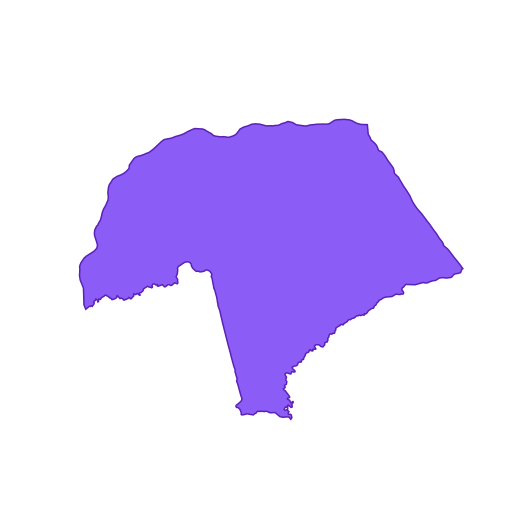 Bosobolo, Équateur, Democratic Republic of the Congo, rotated 323°
{"feature_id": "63176286B50098701443330", "entity_name": "Bosobolo", "entity_type": "district", "adm_level": 2, "iso_a3": "COD", "parent_name": "Democratic Republic of the Congo", "parent_adm1": "Équateur", "projection": "albers", "projection_center": [19.647, 4.521], "detail": "fine", "context": "isolated", "style": "filled", "palette": "violet", "viewbox_px": 512, "rotation_deg": 323, "n_neighbors": 0, "source": "geoboundaries", "source_scale": "gbopen_adm2", "svg_char_len": 6147}
<svg xmlns="http://www.w3.org/2000/svg" viewBox="0 0 512 512"><g transform="rotate(323 256 256)"><path d="M424.0,218.1L418.9,214.0L416.2,210.4L414.1,205.8L412.6,203.6L409.0,200.2L407.3,199.0L402.9,196.1L400.5,194.9L394.0,194.4L391.8,193.2L387.7,190.1L383.9,187.4L377.8,183.8L375.2,182.8L373.5,181.8L367.2,175.5L365.5,171.4L362.5,167.8L359.5,167.1L355.8,165.6L354.6,165.6L352.2,164.9L349.3,162.9L348.3,162.7L346.4,161.0L342.5,158.3L338.4,153.0L335.1,150.1L331.9,148.2L327.1,147.0L326.1,146.5L323.2,145.5L319.4,145.0L318.2,145.5L313.8,146.7L311.9,146.7L309.5,146.2L305.6,144.8L302.2,141.4L300.0,139.9L299.6,139.7L295.7,135.8L294.5,134.1L294.1,131.7L291.3,125.4L291.1,124.4L289.4,122.0L288.4,121.3L283.9,117.4L281.7,116.7L276.1,115.5L272.0,115.0L268.4,114.0L263.6,112.1L259.7,111.1L252.7,107.7L249.3,107.7L238.0,108.9L232.7,108.9L230.0,108.0L227.6,107.5L224.0,106.3L221.3,105.1L218.7,104.6L217.0,104.8L212.2,106.3L209.4,107.3L207.3,109.7L203.0,110.4L199.4,110.4L196.2,109.7L192.6,108.7L191.2,108.7L188.5,108.4L186.8,108.9L184.4,109.9L182.0,110.6L179.3,112.6L176.0,116.0L173.5,120.1L171.4,122.3L166.3,125.2L162.9,126.6L159.3,128.8L156.6,131.2L153.5,133.6L149.9,135.1L148.2,136.1L146.5,136.3L142.9,138.2L141.2,139.9L140.5,140.7L139.3,142.8L137.1,149.1L135.9,152.0L133.5,154.0L130.1,154.7L126.7,154.5L120.4,154.0L117.5,154.2L112.0,156.1L110.5,157.1L110.3,157.1L108.3,158.8L107.9,159.8L105.4,162.9L103.3,165.3L101.1,169.5L100.1,173.3L98.9,177.7L95.0,183.3L89.2,191.5L88.0,196.1L92.7,195.9L93.4,196.6L94.5,196.7L94.8,197.7L97.3,197.0L98.7,196.0L98.6,195.1L99.7,194.7L101.1,194.8L102.1,194.0L102.8,195.3L102.1,197.6L102.7,197.7L104.6,195.8L105.7,197.0L107.6,196.3L110.1,196.7L112.2,196.5L113.6,199.4L114.0,201.5L114.7,202.5L114.7,204.2L117.3,205.2L119.7,205.4L120.8,204.3L121.4,204.2L121.8,208.2L123.0,208.6L123.8,209.8L123.7,211.3L124.1,211.9L128.0,212.9L129.6,212.6L129.8,213.1L130.0,213.4L129.8,214.4L130.4,215.0L134.3,214.3L135.5,212.7L136.7,214.4L138.7,214.5L139.3,217.2L140.0,217.4L139.9,215.9L140.2,215.5L141.3,215.6L142.1,216.1L143.2,216.0L145.1,215.7L146.3,214.6L151.2,214.9L151.7,216.1L151.9,216.5L152.9,217.4L153.5,218.6L154.3,218.7L154.8,218.3L155.0,217.1L156.7,216.4L158.1,217.1L158.6,218.9L160.0,219.6L159.2,220.7L159.7,221.3L163.9,222.5L164.4,225.6L165.4,226.1L168.3,225.9L169.4,226.6L170.1,228.2L171.1,228.7L174.9,228.5L176.4,230.8L177.5,230.4L178.4,228.7L179.3,227.7L179.7,224.5L182.3,223.0L184.9,220.3L186.3,218.1L187.8,217.7L195.4,218.1L198.3,219.7L199.3,221.6L199.4,223.4L198.4,225.3L198.1,227.6L198.7,231.3L199.1,232.3L201.3,234.0L201.6,234.9L203.3,236.0L205.8,237.0L207.6,237.0L208.4,237.6L209.9,240.0L209.9,243.4L209.4,244.4L207.8,245.5L207.5,247.3L202.8,256.8L202.4,258.9L201.1,261.9L199.8,265.3L195.6,273.2L195.1,274.9L194.3,277.6L189.1,289.2L185.8,297.0L180.3,310.1L177.5,317.2L175.5,321.8L172.1,330.3L170.8,334.4L169.7,335.7L169.4,336.2L169.0,337.6L168.2,339.5L167.3,342.0L166.4,343.5L165.3,344.0L164.1,347.9L160.4,357.1L159.7,359.1L158.9,361.5L157.6,362.6L156.2,363.0L154.0,363.2L152.6,363.3L151.6,363.3L150.3,363.3L149.6,363.9L149.3,364.5L149.4,365.3L150.5,366.3L150.8,368.4L150.7,369.6L149.8,372.6L148.8,373.5L148.9,374.2L150.5,375.3L153.8,376.6L158.2,381.3L159.8,381.1L161.2,381.5L163.5,380.9L167.9,384.1L168.2,384.4L168.8,385.2L170.0,385.6L171.4,386.9L172.5,389.1L173.4,390.1L176.6,392.2L177.3,393.6L178.4,398.6L180.1,400.7L184.8,403.8L185.4,404.7L185.5,407.4L187.4,406.7L188.5,404.1L188.4,403.3L186.7,401.9L187.1,400.8L188.7,400.1L188.3,398.8L188.8,397.7L188.7,397.3L187.2,397.2L186.8,396.9L186.2,396.5L186.1,395.7L187.5,394.6L189.0,394.4L189.4,394.8L189.8,396.5L191.3,394.4L192.0,394.4L192.9,398.0L193.8,398.4L194.6,397.8L194.8,396.4L197.9,395.1L197.9,394.4L195.7,394.2L195.5,393.5L196.1,391.5L195.0,389.4L195.4,388.6L196.1,388.7L197.7,389.2L198.2,388.4L198.3,381.5L197.7,379.4L197.8,379.0L198.0,378.6L199.4,378.7L200.4,378.3L200.6,377.0L201.0,376.5L203.1,376.7L205.0,374.9L205.2,373.1L206.0,372.0L207.0,371.6L207.5,370.9L207.7,368.4L208.2,367.7L209.2,367.5L210.7,368.2L212.4,370.9L213.2,371.1L214.5,370.1L215.2,370.1L216.6,371.7L217.5,371.9L217.8,371.6L218.0,370.8L217.4,368.3L217.9,366.6L220.0,366.8L222.0,367.9L223.6,367.9L225.0,366.8L226.9,366.8L227.9,367.8L228.6,367.8L229.4,366.9L230.5,366.6L231.7,367.2L232.7,366.2L235.2,365.2L236.3,364.1L236.9,364.1L238.7,363.8L239.9,364.5L241.0,364.1L242.0,363.2L242.8,363.3L243.0,364.9L244.1,365.9L244.5,365.9L244.5,365.1L244.9,364.8L245.8,364.9L247.2,366.2L247.9,366.2L248.2,363.5L249.2,362.9L250.5,363.0L252.5,364.5L253.0,365.2L253.3,367.2L254.6,368.9L257.4,368.3L257.6,368.0L258.6,366.8L260.5,367.1L261.2,367.5L263.1,366.2L263.4,365.2L265.7,364.3L266.9,363.1L268.6,362.9L269.5,364.1L270.9,363.9L271.9,364.9L272.7,364.7L273.8,363.5L275.2,363.1L276.2,361.7L279.9,361.7L281.1,362.2L281.6,361.7L282.8,361.8L283.9,363.3L284.7,363.4L285.2,362.9L289.4,363.3L290.8,362.8L291.9,362.7L293.1,363.7L294.8,363.6L297.2,364.6L300.6,364.4L301.4,365.2L302.9,365.3L303.6,366.5L305.4,367.0L306.7,368.3L307.6,367.4L308.1,367.5L308.6,368.3L310.6,368.2L312.8,367.4L317.2,367.6L318.2,368.3L318.9,368.3L320.1,367.2L322.3,367.3L324.3,366.2L326.2,366.2L327.7,365.5L329.8,366.0L332.5,366.1L334.7,366.8L340.2,370.2L342.8,370.5L344.6,370.6L347.9,373.5L349.0,373.7L350.5,374.9L351.7,374.4L352.1,373.2L352.1,370.8L353.5,369.5L355.2,369.6L358.4,368.8L359.2,369.4L365.7,374.7L373.4,377.7L375.1,379.6L377.2,380.8L378.8,381.0L381.9,382.0L384.8,383.6L388.5,383.9L389.5,384.1L392.3,385.8L394.0,387.5L394.8,388.2L398.8,390.5L399.8,390.6L402.3,389.9L404.0,390.0L407.3,391.7L409.4,392.4L412.3,390.5L413.6,390.6L413.7,386.6L413.6,380.8L413.4,376.9L413.4,374.8L413.4,370.4L413.3,365.9L412.1,360.7L412.7,359.3L413.2,357.2L413.1,351.8L413.4,348.8L413.6,345.8L413.5,343.0L413.8,334.4L413.7,333.0L413.7,321.5L413.4,318.5L413.2,314.7L413.3,311.7L413.4,310.0L413.7,306.9L414.4,303.6L415.1,300.7L415.4,297.9L415.7,293.8L415.9,289.0L416.9,280.2L417.2,279.0L416.3,273.7L416.7,272.3L417.4,271.5L418.6,268.4L418.7,266.3L418.8,258.5L419.3,254.1L419.3,251.6L419.2,248.9L417.5,245.5L418.1,243.1L418.8,240.3L418.7,237.6L417.7,232.3L418.4,230.3L418.9,226.3L424.0,218.1Z" fill="#8b5cf6" stroke="#5b21b6" stroke-width="1.5"/></g></svg>